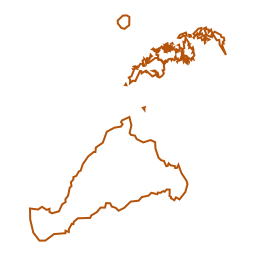 outline of Tojo Una-Una, Sulawesi Tengah, Indonesia
{"feature_id": "22746128B20933115656615", "entity_name": "Tojo Una-Una", "entity_type": "district", "adm_level": 2, "iso_a3": "IDN", "parent_name": "Indonesia", "parent_adm1": "Sulawesi Tengah", "projection": "natural_earth1", "projection_center": [121.803, -0.873], "detail": "fine", "context": "isolated", "style": "outline", "palette": "amber", "viewbox_px": 256, "rotation_deg": 0, "n_neighbors": 0, "source": "geoboundaries", "source_scale": "gbopen_adm2", "svg_char_len": 5726}
<svg xmlns="http://www.w3.org/2000/svg" viewBox="0 0 256 256"><path d="M155.1,142.1L150.6,140.1L143.3,142.4L136.7,139.1L134.9,135.6L131.1,134.9L129.6,133.1L131.4,125.3L129.4,117.0L122.0,120.4L121.0,122.1L122.6,124.3L120.9,126.6L114.4,127.7L106.8,131.7L102.8,142.7L95.9,147.5L95.4,152.0L93.7,152.0L88.3,156.3L82.8,164.2L80.7,170.6L78.8,171.5L76.4,175.8L73.3,177.2L73.4,179.4L70.9,182.3L71.5,186.1L69.7,187.7L68.1,195.7L65.4,199.2L65.6,202.0L62.1,204.4L59.0,211.3L52.0,213.3L49.5,212.0L49.5,208.8L46.7,209.9L42.0,206.8L38.1,209.5L30.0,208.5L30.2,219.4L33.3,232.6L39.4,240.6L45.3,240.6L54.0,234.1L65.4,233.2L65.5,230.7L68.8,232.0L68.9,229.1L71.8,223.8L73.4,224.1L73.7,221.9L77.8,218.3L90.2,217.9L91.2,215.5L96.8,212.2L100.6,207.6L105.0,207.6L106.1,203.1L110.2,203.3L111.8,206.6L115.7,207.8L118.6,210.7L124.3,207.8L130.7,201.6L138.6,200.7L141.9,197.0L148.5,195.7L151.4,192.8L157.4,194.2L158.0,192.5L160.3,192.9L163.3,191.1L164.7,191.7L166.6,189.5L169.7,189.6L169.5,196.0L171.1,197.0L170.9,198.2L174.4,200.2L176.0,197.3L179.5,199.4L185.4,191.9L187.5,184.2L186.5,180.7L181.5,173.2L178.4,164.8L176.9,167.9L175.2,168.1L174.8,166.1L170.5,165.3L168.7,163.4L167.6,165.9L166.3,166.2L163.9,160.9L161.2,160.3L158.5,157.6L155.5,148.6L155.1,142.1ZM155.3,58.0L148.8,62.8L147.2,63.2L146.9,62.1L146.2,63.8L145.6,60.0L144.4,58.8L144.6,60.2L144.1,59.2L142.5,60.9L144.4,65.7L143.7,66.1L143.2,65.9L142.4,63.9L140.4,63.8L138.1,67.5L134.5,67.2L136.1,68.6L134.5,68.4L131.5,76.3L128.8,77.5L130.2,79.7L130.0,83.1L132.8,80.7L135.4,81.0L140.0,71.0L141.4,71.2L141.6,73.4L144.8,71.3L146.0,72.0L145.9,70.8L146.2,70.7L152.4,76.4L156.5,74.3L155.8,72.1L152.8,70.9L155.0,70.5L157.9,73.4L158.5,75.6L157.7,76.7L159.6,77.5L162.3,75.7L163.9,73.2L162.6,70.3L164.3,69.8L163.7,62.9L163.2,63.1L161.0,60.2L158.2,59.8L158.1,59.0L157.4,58.0L155.3,58.0ZM169.1,46.2L165.4,45.3L165.9,45.8L164.6,46.8L166.0,48.3L166.9,47.3L167.3,48.0L167.8,46.6L167.7,48.8L169.4,48.0L168.9,48.9L170.7,49.5L170.1,51.0L168.9,49.8L169.3,51.9L168.2,49.4L167.8,51.3L167.4,49.9L166.8,51.1L165.9,50.2L166.6,52.2L164.6,51.9L164.7,49.3L163.4,49.1L163.5,47.1L162.8,48.1L161.3,47.7L162.5,47.6L161.7,46.5L157.8,50.1L159.4,50.4L158.1,52.2L156.5,51.9L156.4,54.8L158.3,55.2L157.9,57.7L159.3,59.7L161.1,59.7L163.7,62.4L165.6,60.5L167.7,60.9L168.4,59.3L170.8,58.8L171.5,60.3L172.4,58.9L174.4,60.2L175.2,58.9L175.8,59.7L174.9,57.3L175.6,56.2L176.1,59.1L177.9,58.6L177.9,60.0L179.8,60.4L181.5,59.7L182.0,58.1L180.6,58.5L181.3,56.7L182.4,57.6L183.3,55.9L181.8,54.6L182.2,48.8L179.6,47.3L179.7,50.9L176.9,49.5L177.7,51.4L176.0,52.7L175.8,50.7L174.1,49.2L171.7,49.8L173.2,47.7L170.8,48.7L170.3,48.0L171.7,47.7L170.8,47.8L170.4,45.5L169.1,46.2ZM188.8,42.9L185.6,37.7L184.9,42.4L183.5,41.9L184.3,48.1L182.4,49.7L182.5,51.4L183.5,51.5L183.1,55.1L185.5,55.7L182.7,57.8L184.7,58.6L184.8,59.8L184.8,60.7L185.5,60.2L185.8,62.5L187.1,63.5L186.6,60.6L188.5,61.6L187.9,59.2L186.4,58.8L186.7,56.4L191.3,60.1L191.6,58.3L193.4,59.3L192.8,57.3L194.4,55.4L193.6,52.1L192.5,52.6L193.5,50.0L192.8,47.3L191.8,48.3L192.6,49.9L190.2,47.2L189.2,47.8L189.5,45.5L188.1,45.3L188.9,45.1L189.3,44.6L188.4,44.8L188.8,42.9ZM206.0,27.5L204.0,28.5L206.8,35.2L210.6,36.8L211.4,35.0L212.3,36.8L213.6,35.2L216.7,40.2L219.3,40.0L219.6,44.6L226.0,54.9L222.3,45.8L222.5,43.7L223.7,43.5L222.9,41.7L224.4,40.5L223.8,37.5L221.4,37.2L220.8,34.9L214.7,31.7L212.4,33.6L211.0,29.7L208.7,32.2L208.5,29.6L206.6,29.3L206.0,27.5ZM126.8,15.4L122.9,15.6L117.7,20.5L117.8,23.4L121.4,28.0L124.5,28.8L129.2,25.2L129.4,16.9L126.8,15.4ZM201.5,28.0L198.5,28.7L193.4,33.8L195.2,35.9L197.1,33.6L197.9,38.3L201.0,37.2L202.1,40.2L205.6,38.5L204.2,40.3L204.8,41.1L207.0,38.5L205.8,37.1L204.3,37.8L204.7,35.2L202.5,35.8L202.0,33.5L199.5,34.9L198.9,34.0L201.8,29.2L201.5,28.0ZM186.0,32.6L180.0,34.8L178.1,37.7L180.2,38.1L183.5,35.6L185.2,36.3L186.6,34.5L186.0,32.6ZM191.1,36.6L190.6,34.9L189.0,34.9L189.4,36.9L191.1,36.6ZM150.0,57.3L151.9,56.1L150.6,54.7L150.0,57.3ZM158.5,49.0L155.4,49.8L155.6,51.2L157.1,50.8L158.5,49.0ZM157.8,73.4L156.3,75.1L157.4,76.1L158.2,75.5L157.8,73.4ZM144.8,107.3L142.9,107.8L144.4,109.8L144.4,108.4L144.8,107.3ZM149.3,59.3L147.6,59.8L147.5,60.7L148.1,61.2L149.3,59.3ZM155.3,50.4L154.5,49.4L153.8,50.4L154.5,51.0L155.3,50.4ZM125.1,85.1L126.4,85.2L125.8,83.9L125.1,85.1ZM194.6,36.3L193.6,37.5L193.9,37.9L194.6,36.3ZM165.1,63.2L163.9,62.6L164.5,63.9L165.1,63.2ZM146.9,58.9L147.9,58.3L147.2,58.0L146.9,58.9ZM167.7,44.5L167.5,43.3L166.5,43.8L167.7,44.5ZM184.6,58.9L183.6,59.3L183.4,59.9L183.7,59.5L184.5,60.3L184.6,58.9ZM205.3,42.5L204.6,41.7L204.9,43.0L205.3,42.5ZM171.6,43.5L172.6,43.6L172.2,43.0L171.6,43.5ZM178.5,45.0L179.2,45.2L179.1,44.7L178.5,45.0ZM177.3,61.6L176.6,60.9L177.2,61.9L177.3,61.6ZM152.8,49.4L152.8,48.9L152.3,49.3L152.8,49.4ZM176.8,51.2L177.3,51.5L177.2,50.9L176.8,51.2ZM171.8,47.0L171.8,46.4L171.1,46.8L171.8,47.0ZM186.7,35.6L186.5,34.9L186.3,35.5L186.7,35.6ZM208.6,39.9L209.3,39.6L208.9,39.3L208.6,39.9ZM166.7,61.9L166.4,61.3L166.0,62.0L166.7,61.9ZM143.9,65.8L143.4,65.9L143.9,65.9L143.9,65.8ZM184.0,60.1L183.6,60.1L184.1,61.1L184.0,60.1ZM173.6,47.9L174.1,47.2L173.5,47.9L173.6,47.9ZM178.4,60.7L178.1,60.1L177.8,60.7L178.4,60.7ZM166.9,48.0L166.4,47.9L166.7,48.6L166.9,48.0ZM183.9,61.4L183.4,60.7L183.7,61.8L183.9,61.4ZM187.5,57.8L187.2,57.1L187.2,57.8L187.5,57.8ZM211.8,29.8L211.0,29.5L211.8,29.8L211.8,29.8ZM189.1,61.8L188.7,61.3L189.0,62.1L189.1,61.8ZM135.7,66.7L135.1,66.2L134.8,66.3L135.7,66.7ZM165.4,45.7L164.7,45.6L164.7,45.8L165.4,45.7ZM137.1,66.9L136.0,66.6L137.0,67.1L137.1,66.9ZM159.2,48.0L158.7,48.0L158.4,47.9L158.7,48.1L159.2,48.0ZM137.5,66.8L138.0,66.4L138.0,65.7L137.5,66.8ZM132.1,69.1L132.4,69.0L132.8,68.4L132.1,69.1ZM133.3,67.2L134.0,66.5L133.5,66.9L133.3,67.2Z" fill="none" stroke="#b45309" stroke-width="2"/></svg>